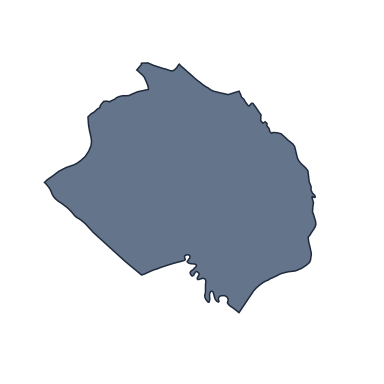 Kushar, Hajjah, Yemen, rotated 139°
{"feature_id": "15242507B36240154715338", "entity_name": "Kushar", "entity_type": "district", "adm_level": 2, "iso_a3": "YEM", "parent_name": "Yemen", "parent_adm1": "Hajjah", "projection": "equal_earth", "projection_center": [43.47, 16.172], "detail": "fine", "context": "isolated", "style": "filled", "palette": "slate", "viewbox_px": 384, "rotation_deg": 139, "n_neighbors": 0, "source": "geoboundaries", "source_scale": "gbopen_adm2", "svg_char_len": 5417}
<svg xmlns="http://www.w3.org/2000/svg" viewBox="0 0 384 384"><g transform="rotate(139 192 192)"><path d="M297.1,296.0L296.9,294.7L296.9,291.9L297.0,289.3L297.5,286.4L298.3,284.0L299.1,281.6L299.6,278.8L299.5,276.0L299.1,273.4L298.4,270.8L297.8,268.6L297.7,268.1L297.1,265.4L296.5,262.6L296.2,259.9L296.0,256.6L296.0,253.6L296.1,251.0L295.7,248.2L294.8,245.9L294.2,243.5L293.7,240.7L293.3,237.8L293.2,235.2L293.2,232.5L293.0,229.5L293.1,226.9L288.0,183.4L284.5,162.4L281.2,161.1L279.0,160.5L277.1,159.9L275.0,159.3L273.0,158.6L271.2,158.0L269.3,157.0L267.3,156.4L263.7,155.0L261.8,154.2L256.4,151.9L252.0,149.9L250.0,148.9L247.8,147.9L247.1,147.4L244.0,146.0L243.6,145.8L242.5,145.3L242.0,145.4L241.5,145.4L240.9,146.4L240.4,147.6L239.7,148.5L238.7,148.5L237.2,148.0L235.8,146.9L235.6,146.2L235.6,145.3L235.9,144.6L236.9,143.7L238.7,143.4L239.9,142.9L240.9,142.9L241.4,142.5L241.4,141.7L241.2,140.8L241.0,140.3L240.4,139.2L239.6,138.3L238.6,137.3L237.5,136.2L236.9,135.3L236.7,134.4L236.8,133.7L237.7,133.0L238.4,132.9L239.4,132.9L240.1,133.0L240.2,132.9L242.2,132.7L244.3,133.0L245.8,132.7L246.4,132.3L246.9,131.2L247.0,130.8L247.2,130.0L247.2,129.2L247.0,128.5L246.6,128.2L245.9,128.2L244.9,128.2L244.2,128.7L243.5,128.8L242.8,129.1L242.1,129.2L241.6,129.2L240.9,129.1L240.5,128.6L240.3,127.9L240.2,126.8L240.2,125.7L240.8,125.1L241.9,124.6L243.9,123.9L244.7,123.5L245.1,122.8L245.1,122.3L244.8,122.0L244.4,121.5L242.1,120.6L240.5,119.7L239.6,118.8L239.3,117.7L239.6,116.5L239.9,115.9L240.6,115.0L242.7,113.1L244.9,110.6L246.5,108.8L247.6,107.5L248.8,106.6L249.7,106.1L250.5,105.3L251.4,103.9L251.9,102.2L252.1,100.7L252.2,98.9L252.0,98.2L251.6,97.7L251.2,97.8L250.3,98.3L249.4,99.0L248.8,99.5L247.3,101.6L246.4,102.6L245.6,103.4L245.3,103.7L244.2,104.3L243.3,104.5L242.7,104.5L242.2,104.2L241.8,103.6L241.8,103.0L242.0,102.2L242.4,101.0L243.3,99.3L244.2,97.5L244.9,95.4L244.9,95.0L245.0,94.2L245.0,93.3L244.7,92.6L244.4,91.9L244.2,91.6L243.9,91.6L243.5,91.6L243.3,92.1L242.9,92.8L242.8,93.1L242.2,93.9L241.6,94.6L240.8,94.9L240.0,95.1L239.4,95.1L238.9,94.9L238.5,94.8L236.4,93.3L235.5,92.4L234.8,91.1L234.6,90.1L234.6,89.0L234.6,88.8L234.9,87.9L235.4,87.0L236.0,86.2L236.9,85.9L237.5,85.4L237.9,85.1L238.2,84.3L238.2,83.3L238.2,81.7L236.9,76.7L235.9,71.2L235.7,70.1L219.5,74.5L210.5,76.9L206.5,77.4L203.5,77.4L203.0,77.4L201.1,77.3L200.6,77.3L197.6,77.0L194.9,76.5L193.1,75.8L192.6,75.6L190.2,75.3L187.7,74.5L185.6,73.9L185.3,73.8L182.8,73.1L180.4,72.6L177.7,71.7L175.1,70.4L172.6,69.1L172.3,69.0L170.3,67.7L168.1,66.2L165.9,64.7L163.5,63.8L161.8,63.3L160.9,63.0L159.6,62.5L158.5,62.4L157.0,62.2L156.0,62.0L154.5,61.8L153.5,61.8L152.6,61.7L152.0,61.7L151.0,61.7L149.3,61.8L148.8,62.1L147.0,63.0L146.5,63.5L146.0,63.9L145.6,64.3L144.7,65.1L144.4,65.3L143.9,65.7L142.7,66.8L142.0,67.8L141.2,69.2L140.7,70.1L139.8,71.7L138.5,74.2L137.2,76.8L135.6,79.4L133.9,81.7L131.6,82.0L126.8,83.5L124.5,84.0L122.0,84.9L119.8,86.2L118.2,88.4L116.9,91.2L115.7,93.8L114.7,96.1L114.6,96.4L114.2,97.8L112.2,99.9L110.2,101.8L107.2,104.4L105.3,108.6L104.7,109.6L104.0,109.4L103.4,107.7L102.6,107.2L102.0,107.7L101.6,109.2L101.8,112.2L100.9,115.4L98.9,117.5L98.2,118.9L97.0,122.6L90.7,131.8L90.5,133.2L90.4,136.2L90.5,137.0L90.8,139.4L91.1,142.6L90.9,145.3L90.9,145.7L90.1,148.6L88.7,151.3L87.4,153.8L86.1,156.2L84.7,159.1L84.4,162.2L84.8,164.2L84.9,165.1L85.6,168.2L85.6,168.9L85.8,171.3L86.2,174.5L86.6,177.5L88.9,180.9L91.8,183.8L93.2,183.9L93.7,186.2L92.2,189.5L92.1,192.9L90.5,194.4L90.7,197.0L93.3,197.4L93.3,200.6L93.4,200.8L93.1,201.0L90.9,203.4L89.3,204.9L89.0,208.1L88.6,211.2L88.2,214.5L87.9,217.9L87.9,219.0L88.9,219.9L91.3,219.6L92.2,219.3L92.7,219.8L92.9,220.7L92.6,225.2L92.0,228.1L92.4,231.2L91.4,233.5L90.3,237.2L99.0,241.0L101.0,241.9L101.6,242.8L102.6,244.3L104.5,246.8L106.2,249.0L107.7,251.3L109.5,253.8L110.8,256.7L111.4,259.3L111.5,259.8L112.5,262.5L113.4,266.0L114.0,269.4L114.8,273.0L115.3,275.9L115.6,279.1L116.0,282.1L116.5,285.3L116.8,288.4L117.2,291.3L117.7,294.4L117.7,296.8L118.3,296.8L118.7,296.8L119.3,296.6L119.6,296.5L120.0,296.5L120.4,296.3L121.2,296.1L121.6,295.9L121.9,295.9L122.4,295.8L122.7,295.8L123.1,295.8L123.4,295.7L123.8,295.7L124.2,295.7L124.4,295.7L124.8,295.7L125.0,295.7L125.3,295.7L125.5,295.8L126.0,295.8L126.4,296.0L126.7,296.0L126.9,296.2L127.3,296.3L127.6,296.5L127.8,296.7L128.0,296.9L128.3,297.2L128.5,297.5L128.8,297.9L128.9,298.1L129.1,298.4L129.3,298.8L129.5,299.1L129.7,299.4L130.0,299.9L130.3,300.4L130.5,300.8L130.6,301.1L133.2,304.9L138.1,313.1L139.3,315.7L140.7,318.5L140.9,318.7L141.2,318.8L141.6,319.1L142.1,319.5L142.4,319.8L142.7,320.0L143.0,320.3L143.6,320.8L143.9,321.0L144.5,321.4L144.8,321.8L145.1,322.0L145.5,322.3L145.9,322.3L146.6,321.4L153.7,320.3L153.4,318.8L152.6,311.9L152.8,309.6L154.5,304.1L155.6,301.1L157.0,298.7L157.4,298.2L157.6,298.0L167.2,303.3L172.5,305.1L173.2,305.3L176.4,306.2L178.6,307.9L180.6,309.7L182.7,311.0L185.0,312.1L187.3,312.7L189.7,312.8L192.1,313.5L194.4,314.2L194.9,314.0L196.6,316.4L199.1,318.3L202.3,317.9L204.7,317.3L206.3,316.1L208.7,316.7L211.1,316.6L213.9,316.6L216.5,317.2L221.3,316.9L226.1,310.5L229.5,304.9L230.0,303.8L230.4,303.1L232.2,299.8L234.7,296.0L235.4,295.4L237.6,293.4L238.2,293.0L243.1,290.6L249.4,288.8L252.5,288.8L254.4,288.7L258.8,289.0L261.9,289.6L263.7,290.1L270.8,293.0L273.9,293.8L279.3,295.1L280.0,295.1L285.4,295.4L293.0,296.2L297.1,296.0Z" fill="#64748b" stroke="#1e293b" stroke-width="1.5"/></g></svg>